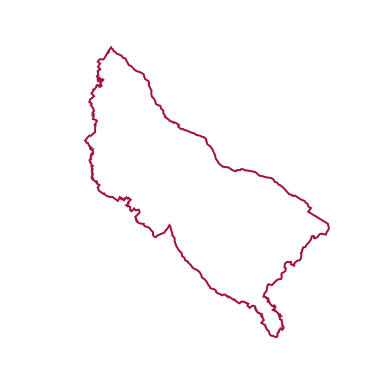 outline of Don Chedi, Suphan Buri, Thailand, rotated 26°
{"feature_id": "78962969B69423303850724", "entity_name": "Don Chedi", "entity_type": "district", "adm_level": 2, "iso_a3": "THA", "parent_name": "Thailand", "parent_adm1": "Suphan Buri", "projection": "robinson", "projection_center": [99.955, 14.648], "detail": "fine", "context": "isolated", "style": "outline", "palette": "rose", "viewbox_px": 384, "rotation_deg": 26, "n_neighbors": 0, "source": "geoboundaries", "source_scale": "gbopen_adm2", "svg_char_len": 6016}
<svg xmlns="http://www.w3.org/2000/svg" viewBox="0 0 384 384"><g transform="rotate(26 192 192)"><path d="M239.6,146.4L232.4,148.4L230.0,149.3L228.6,149.1L226.3,149.7L225.7,151.2L223.0,152.4L222.4,154.0L219.4,154.7L214.0,153.9L208.6,155.8L203.4,154.5L200.6,152.5L199.6,152.2L198.1,150.9L196.4,148.6L191.9,145.0L189.1,143.2L184.8,142.3L182.1,139.4L182.1,138.9L180.6,137.9L178.4,137.5L176.8,138.0L174.5,137.9L170.7,138.8L168.1,138.3L165.2,138.9L160.5,139.0L158.7,139.6L156.4,139.3L155.6,140.0L154.0,140.1L150.9,139.3L150.7,138.9L151.0,137.5L147.3,137.0L145.0,137.3L145.0,137.8L142.8,137.5L141.3,138.0L139.7,137.2L134.7,136.3L134.9,135.5L131.8,133.9L130.4,131.3L128.0,130.7L125.7,128.5L122.6,128.9L121.2,128.6L120.1,127.8L119.1,126.3L116.9,124.8L114.9,124.2L113.7,123.4L112.0,121.0L111.3,118.8L107.0,115.5L106.2,114.5L105.4,112.4L104.2,111.4L100.6,111.1L98.5,109.3L97.0,107.4L94.4,107.0L88.6,107.6L85.8,107.0L82.4,105.5L79.5,105.6L73.5,101.2L71.4,101.7L69.4,100.6L67.1,100.3L64.1,100.7L61.8,99.9L59.7,99.7L58.6,98.6L56.9,98.2L55.9,97.5L55.1,102.0L55.9,102.5L55.6,103.8L55.1,103.8L54.6,110.7L54.1,111.8L51.0,113.0L50.1,116.0L53.1,116.9L52.5,120.6L55.7,121.8L54.4,124.1L54.7,124.3L54.4,124.9L56.7,128.3L55.7,129.4L57.6,131.2L58.6,129.8L59.5,130.4L58.1,132.7L59.2,133.6L60.9,130.9L61.6,131.4L62.1,129.8L63.2,130.1L61.6,134.0L63.2,135.2L64.2,136.5L63.6,137.3L63.2,137.0L62.7,137.8L62.2,136.6L61.8,137.3L60.9,137.0L59.9,137.4L59.6,138.0L60.0,138.1L60.0,139.0L59.4,142.5L58.3,143.1L58.9,144.8L58.4,147.4L62.0,148.8L59.9,153.6L60.4,156.3L61.7,156.1L63.3,156.8L63.1,158.4L65.4,159.4L68.2,161.8L67.9,164.6L69.5,164.9L68.9,166.7L70.5,166.9L70.9,169.8L74.1,169.4L75.3,169.7L75.4,172.0L75.0,174.3L76.2,174.4L76.2,175.3L77.1,177.6L78.7,180.6L77.4,183.2L76.7,185.7L75.3,186.1L74.8,186.8L73.3,192.6L74.4,192.9L75.5,194.0L76.9,193.5L79.2,195.5L80.3,195.7L80.5,196.3L81.6,196.3L81.2,197.0L81.4,197.4L82.3,196.7L82.4,197.3L82.1,197.9L83.7,198.1L84.3,197.5L84.3,198.3L85.3,199.1L85.8,199.9L85.7,201.0L86.2,201.4L85.6,201.8L85.0,201.6L84.9,201.9L85.0,202.7L85.7,203.5L85.2,203.8L85.6,205.1L86.8,206.3L86.7,206.8L86.1,207.2L85.9,207.8L86.2,208.8L86.9,209.3L87.5,209.2L87.7,210.2L89.5,211.0L90.1,211.9L90.1,212.4L90.9,212.6L91.0,212.2L91.4,212.2L90.8,213.5L91.8,214.8L92.4,214.9L92.3,215.5L92.9,215.7L92.7,217.2L93.5,217.7L93.9,218.7L94.7,218.9L94.4,219.6L95.3,220.4L95.0,221.0L95.1,222.2L96.1,222.4L96.0,223.2L96.8,223.2L96.7,224.1L97.1,224.4L97.7,224.2L101.1,225.0L101.4,224.3L102.0,224.3L102.6,226.0L105.7,226.2L105.9,226.6L105.2,229.2L107.9,231.6L112.0,232.4L113.4,232.5L113.6,231.9L116.2,232.9L119.8,232.6L122.8,231.3L129.3,232.5L129.4,228.3L131.5,229.3L131.5,228.4L134.2,229.2L134.1,227.9L134.8,228.2L135.4,225.5L137.2,226.1L137.4,225.2L140.2,225.8L139.1,229.4L140.0,230.0L138.7,232.8L140.5,233.0L140.6,232.5L143.1,232.5L144.4,235.5L146.1,235.8L147.2,232.2L149.2,233.3L151.9,231.3L153.1,232.3L153.9,233.7L151.9,239.4L153.3,240.1L153.8,241.6L155.1,241.6L155.2,242.8L158.6,243.2L162.7,241.8L163.3,243.0L164.8,243.4L167.9,242.9L170.4,243.3L171.4,244.1L174.5,245.2L175.8,247.6L176.7,248.4L177.9,248.7L179.3,248.4L180.1,246.1L185.0,240.5L185.2,237.8L185.7,237.0L186.0,235.1L186.3,231.7L187.9,232.7L188.8,234.1L192.4,237.8L192.9,238.5L193.2,239.7L194.6,239.9L195.4,240.7L196.7,241.3L197.9,243.7L201.3,247.2L205.6,250.1L209.7,251.6L211.1,253.9L213.5,254.3L214.9,255.1L215.3,256.1L215.9,256.4L218.8,256.3L219.2,257.0L223.3,258.3L225.5,259.7L227.8,260.0L231.3,259.9L232.6,260.5L233.6,260.4L237.2,262.9L238.1,264.4L241.4,264.9L244.5,266.2L246.4,267.7L249.4,269.3L250.7,270.4L254.6,269.7L256.8,270.2L257.5,271.4L259.7,271.7L262.2,271.4L264.2,271.8L265.6,270.1L267.2,269.7L270.4,270.7L270.6,269.8L277.1,270.7L277.4,270.0L278.2,270.5L282.4,271.3L283.7,271.2L284.1,269.4L285.3,268.3L288.6,267.7L288.9,268.0L291.6,267.8L291.6,269.9L294.8,270.8L295.4,268.9L296.0,267.9L297.2,267.3L299.0,267.2L299.7,268.9L300.3,268.8L300.9,269.8L301.8,270.5L302.2,270.2L302.8,271.1L304.8,271.6L305.4,271.1L307.1,271.8L307.9,271.1L308.6,271.3L308.6,273.0L309.8,272.9L310.0,273.1L309.8,273.8L312.7,275.6L311.7,279.2L316.5,279.7L316.8,280.7L318.3,281.6L318.6,282.1L320.3,283.0L321.9,283.3L323.9,285.6L325.8,286.5L328.0,285.8L331.3,285.8L332.0,283.8L331.2,282.9L330.9,281.9L331.0,280.0L331.3,280.1L331.4,279.4L330.8,277.4L332.1,276.3L331.9,276.0L333.5,276.3L333.9,274.7L333.6,274.6L333.7,273.6L332.0,273.3L332.1,272.0L331.2,271.5L329.9,269.4L329.2,268.9L329.0,267.8L326.6,267.7L326.3,266.5L325.0,265.8L325.3,264.4L325.9,264.3L325.3,264.0L325.1,263.5L324.5,263.4L324.2,264.0L323.5,263.8L323.4,264.1L322.0,262.9L318.9,262.5L318.8,261.8L316.8,262.1L316.8,262.7L316.4,262.7L317.4,258.9L316.1,258.9L316.1,258.0L315.8,257.8L314.2,259.3L310.9,258.1L310.1,257.2L309.1,257.0L308.6,257.5L307.9,257.2L308.3,255.5L307.0,255.3L307.0,254.2L305.1,254.8L304.5,254.1L303.6,254.1L302.1,254.7L301.6,251.3L302.4,248.3L300.8,242.7L300.9,241.9L301.3,241.3L304.0,240.8L304.9,240.2L305.8,236.7L307.0,233.9L308.3,232.2L309.9,231.4L310.2,230.9L309.8,228.4L308.9,227.8L308.2,225.7L309.7,223.8L310.5,222.0L310.4,221.2L309.5,219.3L308.4,219.3L308.0,219.0L307.1,215.9L307.1,215.0L308.4,213.0L309.7,212.7L311.5,211.4L311.9,211.6L312.1,212.9L312.6,213.6L314.3,213.4L316.0,213.6L316.1,213.0L315.3,211.8L315.3,211.0L316.5,207.9L318.2,206.5L318.9,205.4L319.0,204.0L318.6,203.2L318.2,201.4L317.5,199.8L316.7,199.3L317.1,197.1L316.2,196.0L316.6,194.5L316.1,193.4L316.4,192.8L317.9,192.0L318.0,191.6L318.1,189.2L318.8,187.5L319.7,182.6L319.1,179.5L319.9,178.4L320.6,178.2L321.2,178.5L321.9,179.9L322.9,179.8L324.5,177.4L325.1,174.4L325.7,173.4L326.5,172.8L331.0,171.6L330.7,169.3L331.1,165.4L330.6,164.0L328.9,162.2L328.4,161.2L327.4,160.9L305.1,158.8L306.0,154.3L303.5,154.2L302.0,153.2L301.0,152.0L298.6,151.6L297.3,150.7L293.1,151.0L286.4,150.1L284.1,151.4L283.2,150.9L280.1,151.4L272.6,148.2L268.4,147.2L267.2,147.5L264.4,146.3L262.0,146.6L260.0,145.2L258.3,144.8L256.4,144.9L251.4,146.5L249.2,146.7L245.8,147.7L243.2,147.2L241.8,146.6L239.6,146.4Z" fill="none" stroke="#9f1239" stroke-width="2"/></g></svg>